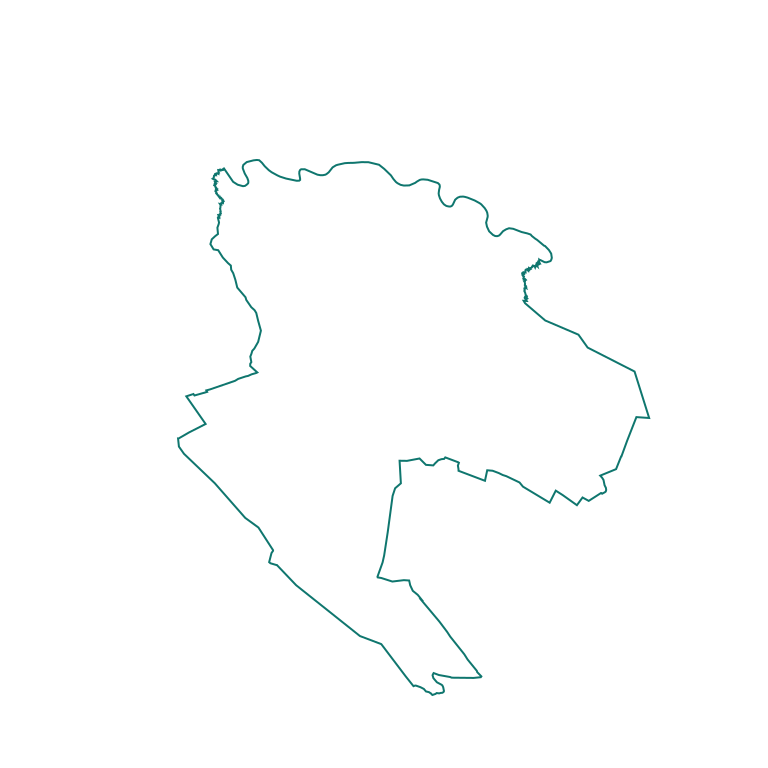 Brenguļu pag., Beverinas, Latvia (Equal Earth projection), rotated 41°
{"feature_id": "27541924B16745328743360", "entity_name": "Brenguļu pag.", "entity_type": "district", "adm_level": 2, "iso_a3": "LVA", "parent_name": "Latvia", "parent_adm1": "Beverinas", "projection": "equal_earth", "projection_center": [25.567, 57.531], "detail": "fine", "context": "isolated", "style": "outline", "palette": "teal", "viewbox_px": 768, "rotation_deg": 41, "n_neighbors": 0, "source": "geoboundaries", "source_scale": "gbopen_adm2", "svg_char_len": 6129}
<svg xmlns="http://www.w3.org/2000/svg" viewBox="0 0 768 768"><g transform="rotate(41 384 384)"><path d="M121.8,326.3L121.5,327.2L121.6,327.7L122.2,327.9L122.0,328.3L120.9,328.9L120.8,329.4L119.6,329.6L119.2,330.4L119.8,330.6L118.6,331.3L120.4,332.9L120.9,333.0L120.8,333.5L121.2,334.0L120.2,334.2L119.5,334.8L119.8,335.5L119.0,335.8L118.7,336.4L118.8,336.7L119.9,337.0L119.4,337.4L119.1,338.4L120.2,340.0L120.1,340.5L120.5,341.0L120.3,341.4L121.5,341.2L122.6,340.5L124.8,340.7L123.7,341.7L123.6,342.3L125.0,342.6L124.6,342.9L124.7,343.7L125.3,344.0L126.0,343.9L126.0,344.2L125.4,344.4L125.6,344.6L125.3,344.8L125.5,345.4L126.4,345.1L127.0,345.6L128.6,346.0L128.4,346.4L129.0,346.7L130.2,346.4L130.2,346.7L130.6,346.9L130.3,347.1L129.4,347.0L129.6,347.4L130.2,347.4L130.4,347.7L130.2,347.9L129.7,347.9L129.8,348.2L130.4,349.2L131.8,349.3L132.3,350.2L133.0,350.0L133.2,350.3L134.9,350.6L135.3,350.3L135.9,350.8L137.3,351.1L137.1,350.7L137.2,350.4L138.7,351.1L138.9,350.4L139.3,350.4L140.0,350.8L141.0,350.6L141.5,351.1L141.9,350.8L142.3,350.9L142.6,351.1L142.3,351.5L143.0,351.5L142.7,352.6L143.5,352.7L143.7,353.0L143.2,353.1L142.6,354.1L143.2,354.8L142.6,354.8L142.4,355.1L142.8,355.5L142.2,355.8L143.2,356.1L145.0,358.5L145.1,359.1L147.5,360.9L147.4,361.3L148.9,362.3L148.6,362.8L149.4,363.7L148.6,364.3L148.8,364.9L148.3,365.2L148.9,365.5L149.6,365.3L150.7,366.5L149.4,366.9L149.5,367.5L153.5,370.3L154.3,371.7L155.7,375.3L160.3,379.7L159.6,383.1L159.1,387.8L161.2,392.3L167.1,394.2L171.1,391.8L179.4,394.3L187.0,395.1L190.7,395.1L193.7,398.0L197.5,399.3L203.5,402.9L210.0,407.5L222.6,409.4L224.9,410.9L233.4,413.1L237.9,413.2L241.0,414.2L247.6,418.9L256.1,424.5L261.4,434.8L262.9,442.4L262.8,445.3L264.2,448.4L265.1,451.0L269.5,454.5L269.8,456.5L271.2,458.2L280.8,458.4L280.3,459.6L277.7,463.6L276.1,467.1L274.7,468.9L270.6,475.8L269.5,479.3L256.2,502.3L254.1,505.4L255.7,506.0L248.5,517.0L246.7,516.6L242.9,523.0L275.6,531.2L268.7,548.3L264.6,560.2L264.4,560.3L270.3,565.8L278.8,567.9L321.4,569.9L367.1,576.1L383.4,574.7L409.3,582.2L409.7,582.7L410.0,585.4L414.2,593.8L415.9,593.8L421.6,591.2L421.9,590.9L449.8,593.5L531.2,590.0L552.6,582.1L592.1,590.4L604.5,592.7L605.3,591.2L605.9,590.7L610.4,588.9L614.1,588.0L617.4,588.5L620.0,587.1L622.8,586.7L623.6,587.0L624.6,586.9L626.2,584.1L626.5,582.7L628.6,581.3L629.5,579.9L630.6,578.8L631.0,577.5L630.7,576.4L627.6,574.0L625.8,573.2L624.8,573.2L619.6,574.4L614.3,573.6L611.8,572.0L611.5,571.4L611.1,569.6L616.4,567.6L626.1,561.8L627.8,561.2L644.5,547.0L649.4,541.8L649.3,540.8L643.4,540.3L642.3,539.6L627.9,537.1L621.9,535.3L599.7,531.2L594.4,529.7L581.8,527.0L553.4,522.5L554.0,522.1L547.9,521.0L541.4,521.2L535.8,518.7L531.9,515.8L527.7,519.0L519.9,527.6L509.2,532.2L506.1,534.1L505.5,533.7L500.0,519.6L496.6,513.3L484.1,493.5L463.9,462.8L460.8,455.4L461.9,447.9L446.1,431.7L451.8,426.9L459.7,416.9L468.7,417.5L474.6,413.1L474.6,410.4L475.0,405.9L476.7,403.0L478.5,401.1L478.4,399.2L491.3,394.4L492.2,394.3L493.3,397.1L496.1,399.4L497.2,400.6L523.7,390.8L518.5,381.4L522.9,378.2L529.1,375.9L533.3,374.8L536.8,373.3L550.9,369.4L556.2,370.3L586.9,364.9L583.6,351.8L591.7,350.6L609.1,348.9L608.3,339.4L615.2,337.9L619.3,323.9L619.8,323.6L620.6,323.7L621.7,320.8L621.9,319.7L621.2,318.2L619.6,316.8L616.9,315.7L612.6,312.4L609.9,311.6L607.3,311.3L615.0,296.0L610.5,283.1L610.7,282.9L604.8,267.5L596.2,243.4L606.4,235.7L564.9,210.2L513.8,222.9L498.4,219.2L464.0,230.3L437.5,230.5L434.8,229.6L437.2,227.7L433.6,226.7L433.5,226.4L435.0,226.4L435.2,226.0L436.0,225.8L436.1,225.5L434.6,225.3L434.4,225.1L434.7,224.7L434.3,224.1L433.7,223.9L433.0,224.4L432.8,224.2L433.2,223.9L432.3,223.7L430.8,222.6L429.0,221.8L429.1,221.4L427.4,219.9L427.7,219.6L427.3,219.2L427.4,218.7L428.3,218.4L427.8,218.2L427.8,217.6L426.5,217.5L426.6,217.0L425.3,216.9L424.8,215.9L423.2,214.7L422.4,214.5L422.9,213.9L422.5,213.4L422.8,212.4L421.6,212.3L421.2,213.1L420.5,213.3L420.1,213.1L420.3,212.5L419.3,211.8L419.2,211.1L418.9,211.0L418.4,211.4L417.6,210.9L417.0,210.9L416.9,210.6L417.2,210.0L415.9,210.1L415.7,209.7L415.9,209.6L415.8,209.0L417.1,208.6L416.3,207.9L417.7,207.0L416.2,205.5L416.0,205.0L416.1,204.4L416.7,203.9L418.1,203.9L417.3,203.2L418.4,202.9L417.9,202.5L418.9,202.1L419.1,201.5L417.7,201.9L417.3,201.3L418.0,201.2L419.0,199.4L419.1,198.5L418.7,198.2L418.7,197.6L419.0,197.4L418.8,196.8L420.0,196.6L420.2,196.2L421.5,196.8L421.2,196.1L421.6,195.5L421.5,195.2L421.0,195.2L420.7,194.4L422.5,194.5L420.8,193.4L420.9,193.2L422.1,192.9L422.5,191.9L421.9,191.9L421.7,192.6L420.0,192.4L420.1,191.9L420.6,191.6L420.1,190.6L421.4,190.3L420.9,190.1L419.5,188.3L420.1,188.3L420.6,187.9L425.3,186.7L426.9,185.5L429.0,182.0L428.7,180.4L427.9,178.7L424.6,175.9L420.6,174.7L415.0,174.2L414.1,174.6L404.8,174.8L403.0,175.1L398.4,175.3L396.6,175.0L393.4,176.3L388.2,179.0L379.7,182.1L376.2,184.4L374.7,187.1L373.6,190.5L373.6,194.8L373.5,196.2L373.1,197.1L372.4,198.2L370.8,199.4L368.4,200.0L363.2,199.8L358.5,197.7L355.2,195.2L352.6,189.9L351.7,188.8L349.5,187.0L347.7,186.1L344.7,185.2L339.5,184.6L337.5,184.8L332.0,186.0L324.8,188.5L322.3,189.7L320.8,190.6L318.5,192.8L317.3,195.1L316.8,198.2L318.3,203.5L318.3,205.3L317.6,206.6L316.8,207.3L314.9,208.4L313.8,208.8L311.3,209.1L308.0,208.5L304.5,207.2L301.6,205.5L300.2,204.3L298.2,201.3L296.8,198.6L295.9,197.7L295.0,197.1L292.8,197.0L283.0,201.2L279.3,203.9L278.0,205.2L277.1,206.5L276.0,209.8L275.6,211.7L272.8,217.5L268.8,221.2L265.9,222.8L262.4,223.6L260.4,223.7L256.5,223.1L252.4,222.0L243.1,221.5L236.4,221.8L226.8,226.8L221.6,231.2L216.2,236.8L212.0,240.6L209.5,243.1L205.3,248.8L204.3,250.4L203.1,254.2L203.4,260.5L202.9,263.2L202.5,264.4L200.9,266.5L199.1,268.1L196.4,269.7L183.3,273.9L180.6,276.3L180.3,277.4L180.7,279.1L182.0,280.8L185.9,284.0L186.8,285.0L186.6,286.2L184.6,288.0L175.3,293.2L169.5,295.7L166.7,296.5L160.3,297.9L156.8,298.2L151.1,297.9L146.7,297.1L143.0,297.0L141.1,298.3L138.8,300.8L134.8,306.6L134.1,310.9L135.0,312.9L136.1,314.0L140.8,316.5L145.7,318.2L148.3,319.7L149.3,320.8L149.8,321.7L149.6,323.8L149.1,325.7L147.8,327.2L142.8,329.6L137.5,330.4L121.8,326.3Z" fill="none" stroke="#0f766e" stroke-width="2"/></g></svg>